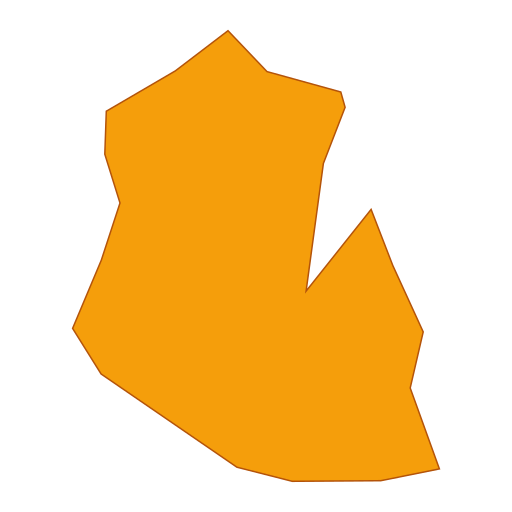 SVG path tracing the border of Saint Mary
{"feature_id": "ATG-5097", "entity_name": "Saint Mary", "entity_type": "Parish", "adm_level": 1, "iso_a3": "ATG", "parent_name": "Antigua and Barbuda", "parent_adm1": "", "projection": "natural_earth1", "projection_center": [-61.844, 17.05], "detail": "fine", "context": "isolated", "style": "filled", "palette": "amber", "viewbox_px": 512, "rotation_deg": 0, "n_neighbors": 0, "source": "natural_earth", "source_scale": "10m", "svg_char_len": 391}
<svg xmlns="http://www.w3.org/2000/svg" viewBox="0 0 512 512"><path d="M439.4,468.9L380.8,480.7L292.2,481.3L236.9,467.2L101.1,374.0L72.6,328.4L101.3,260.2L120.0,203.0L104.8,154.2L106.3,111.2L175.3,70.9L228.0,30.7L267.0,71.6L340.8,92.0L345.1,107.3L323.4,163.4L306.1,291.1L371.1,209.4L392.8,265.5L423.2,331.9L410.2,388.0L439.4,468.9Z" fill="#f59e0b" stroke="#b45309" stroke-width="1.5"/></svg>